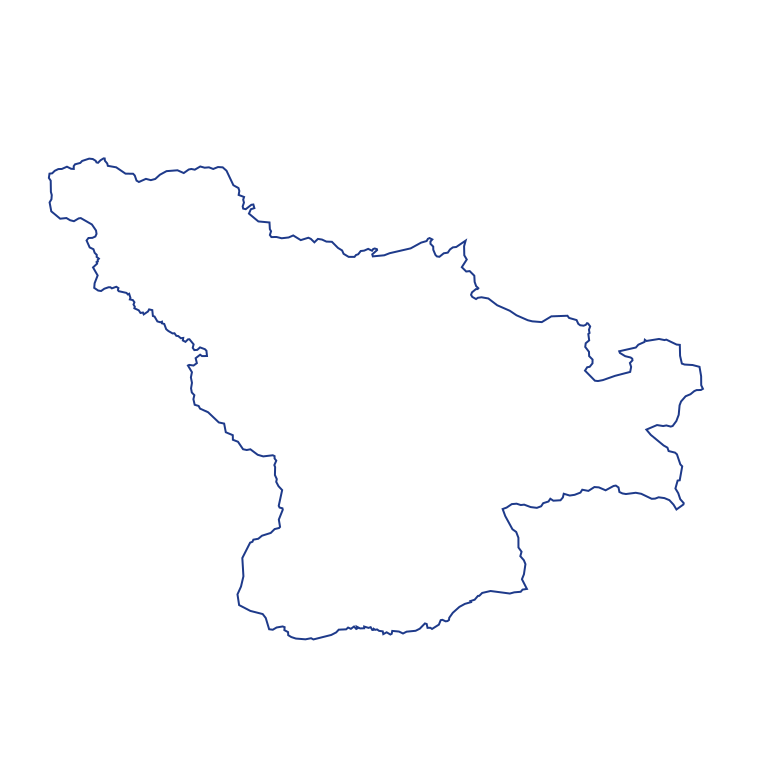 Beroroha, Atsimo-Andrefana, Madagascar (Natural Earth projection), rotated 265°
{"feature_id": "10022922B39697778193382", "entity_name": "Beroroha", "entity_type": "district", "adm_level": 2, "iso_a3": "MDG", "parent_name": "Madagascar", "parent_adm1": "Atsimo-Andrefana", "projection": "natural_earth1", "projection_center": [45.328, -21.505], "detail": "fine", "context": "isolated", "style": "outline", "palette": "blue", "viewbox_px": 768, "rotation_deg": 265, "n_neighbors": 0, "source": "geoboundaries", "source_scale": "gbopen_adm2", "svg_char_len": 6143}
<svg xmlns="http://www.w3.org/2000/svg" viewBox="0 0 768 768"><g transform="rotate(265 384 384)"><path d="M633.0,125.4L633.2,124.3L631.6,121.1L629.3,118.4L629.8,116.9L631.5,116.2L633.5,113.5L634.2,109.9L632.5,102.7L630.7,100.7L629.8,95.4L628.1,93.9L625.3,93.7L625.7,91.0L628.1,87.1L626.3,81.8L626.5,78.3L625.1,74.6L622.8,71.8L622.7,69.1L618.5,68.1L615.6,69.7L604.4,68.9L601.2,69.5L597.0,68.8L594.1,66.7L585.0,67.6L576.9,75.8L577.0,82.1L574.5,85.6L573.2,89.3L575.6,94.3L575.7,96.4L568.4,106.9L562.0,110.5L558.6,110.7L556.1,109.3L555.0,106.2L555.2,102.3L552.9,100.2L545.7,102.7L543.6,106.3L539.9,107.2L537.7,109.1L535.7,108.8L533.7,110.9L532.4,109.5L531.0,109.6L530.5,108.3L528.9,108.7L525.5,104.3L517.1,108.2L509.6,104.5L505.0,103.7L502.0,107.4L501.3,110.3L503.3,113.7L504.4,118.1L504.2,119.9L503.0,121.2L504.2,125.8L502.7,127.8L500.8,127.1L499.6,127.8L497.2,135.4L495.5,136.7L496.1,138.0L491.9,138.9L490.4,138.2L489.5,141.1L487.2,142.5L485.0,141.4L482.7,142.5L481.2,141.9L478.8,146.1L476.0,147.6L476.2,150.1L474.3,150.7L476.8,155.2L478.8,156.5L477.8,159.6L471.9,159.7L471.2,161.3L466.1,163.7L465.0,166.5L465.4,168.2L463.8,168.1L463.0,170.3L457.6,171.8L455.6,173.8L452.8,177.8L452.8,179.7L450.1,181.3L449.7,183.2L447.3,185.6L447.4,188.0L444.9,187.4L443.3,189.9L445.6,192.7L445.5,194.1L440.1,197.8L436.7,196.6L434.3,198.0L434.3,201.0L436.5,203.9L434.3,208.6L432.6,210.0L427.3,210.1L427.7,205.1L429.2,203.4L426.1,198.6L421.1,199.4L419.0,195.9L420.0,191.6L419.5,190.3L412.5,193.7L407.4,192.2L401.9,192.8L396.5,191.4L392.3,191.8L389.4,194.1L385.5,192.8L379.8,193.6L378.3,197.4L375.5,198.6L371.2,206.3L360.1,216.1L358.5,221.3L349.7,222.2L346.2,228.9L341.6,228.6L339.2,233.5L331.3,237.9L330.2,241.5L330.6,245.2L324.5,252.0L322.4,257.4L322.7,267.0L321.7,268.7L319.3,268.5L317.0,270.0L312.8,267.7L310.7,268.3L302.8,267.4L298.6,268.9L295.9,268.1L291.4,270.0L287.2,273.3L271.8,268.5L270.0,269.2L269.0,272.0L267.6,272.2L258.1,267.4L250.7,268.0L249.7,266.9L249.0,262.4L245.5,258.2L243.5,249.2L240.8,245.3L240.3,240.3L238.3,239.2L237.6,236.8L223.0,227.7L204.7,227.2L194.7,223.9L187.2,219.7L176.4,220.4L169.6,231.1L165.4,243.1L161.2,245.8L149.7,248.2L148.9,251.8L150.8,255.8L151.3,261.9L150.4,263.8L147.5,263.3L145.2,266.8L142.1,266.7L140.0,269.6L138.1,274.0L136.5,283.5L137.1,289.2L135.7,291.4L138.6,309.6L140.7,314.7L143.2,317.5L142.9,324.9L144.5,327.0L143.0,329.7L145.0,333.0L142.4,335.0L142.9,336.3L144.5,335.9L142.6,338.9L142.4,343.0L144.1,343.1L142.4,347.3L142.9,349.5L140.0,350.9L140.0,352.0L141.0,352.4L139.9,353.8L140.1,355.7L138.5,357.6L137.7,361.2L134.9,361.5L136.4,365.0L133.9,368.5L134.5,369.9L137.3,370.7L136.1,377.3L133.8,381.2L135.3,384.9L135.4,394.0L137.1,398.3L141.9,403.9L141.2,405.6L137.3,406.1L137.1,409.0L135.8,410.5L139.5,417.7L143.8,419.9L144.0,421.6L142.2,424.7L142.3,426.6L143.3,428.2L145.4,428.6L150.1,432.6L155.4,439.7L157.9,445.4L159.1,451.6L160.2,451.1L161.2,455.5L164.7,459.1L164.7,460.5L167.3,463.6L168.5,472.1L164.3,491.1L165.1,495.6L165.1,502.1L167.1,504.1L167.4,508.5L177.5,504.4L182.2,506.8L192.2,509.2L196.2,508.0L200.6,504.8L204.9,506.4L209.4,503.7L219.1,504.5L225.1,502.8L228.1,499.3L241.8,493.3L249.1,491.3L250.2,495.4L253.2,500.8L253.2,505.7L251.5,509.7L251.6,513.1L248.6,519.4L247.3,525.5L248.5,529.9L251.4,532.2L252.6,537.6L255.2,539.7L253.0,542.5L252.8,549.7L255.4,552.3L259.0,553.5L256.7,559.3L257.0,564.3L258.7,570.2L261.4,572.3L259.7,578.3L263.0,584.6L262.3,589.0L258.8,595.5L262.4,603.8L262.6,606.1L260.5,608.6L255.9,609.1L254.2,612.0L253.3,615.4L253.7,625.3L252.2,630.7L246.3,640.7L246.2,644.1L247.2,647.7L245.9,653.4L243.4,658.2L238.6,661.9L233.5,664.4L237.9,671.8L239.2,672.2L243.4,669.1L249.6,667.6L254.5,665.2L262.2,668.1L262.3,670.2L276.0,673.9L278.1,672.2L288.4,669.7L290.3,667.9L292.4,661.7L295.9,660.8L298.4,657.2L310.1,645.3L315.7,641.4L319.3,652.4L317.8,658.4L318.1,661.7L316.6,665.9L317.0,667.9L321.6,672.0L327.6,674.9L337.0,676.6L340.7,678.4L345.5,683.4L347.1,688.4L349.9,692.5L350.7,694.9L350.4,699.1L351.4,701.3L355.1,699.9L364.1,700.6L373.6,699.8L376.0,693.1L377.2,685.1L378.4,682.5L386.3,681.4L397.2,682.1L397.8,678.9L403.6,669.1L403.3,667.3L404.9,661.9L404.0,649.2L405.3,647.7L403.2,647.2L401.0,640.8L398.4,638.1L396.1,621.2L394.4,621.7L390.7,626.7L388.9,632.0L387.6,633.5L385.9,633.6L383.5,630.8L379.5,631.7L374.6,630.3L372.0,614.9L368.8,602.3L368.3,597.4L368.9,594.4L379.8,585.4L383.0,587.9L383.2,590.4L386.4,593.5L390.2,593.9L393.9,590.8L398.2,591.0L403.4,587.7L407.0,588.5L409.6,592.2L416.0,591.9L416.9,593.2L420.2,592.9L423.4,594.4L426.4,592.6L426.9,591.6L425.3,590.1L424.7,587.9L425.4,584.6L427.0,582.8L430.9,581.4L433.7,574.1L436.0,572.7L436.8,556.6L431.9,546.6L433.5,537.2L435.0,532.8L440.9,522.0L446.0,515.7L452.6,503.6L460.1,495.4L461.9,488.7L461.7,485.0L460.6,483.1L463.1,479.5L465.2,478.5L467.6,479.6L470.5,483.8L470.4,485.5L471.2,486.3L473.5,484.3L477.8,483.2L484.0,483.4L489.0,479.2L488.9,475.7L493.6,471.7L500.8,477.3L505.2,475.2L514.3,475.8L519.7,477.8L514.2,467.9L514.1,464.5L512.3,461.5L509.3,459.0L509.0,454.9L505.9,450.3L506.5,447.8L508.1,446.5L513.4,444.8L516.6,445.0L519.6,442.5L521.9,442.7L523.8,444.7L525.4,442.1L524.8,440.4L522.7,438.9L521.6,433.3L516.8,422.4L513.8,401.0L512.2,395.5L512.1,384.0L514.2,383.6L518.0,388.8L518.9,388.7L519.8,386.6L519.4,385.0L517.8,383.7L520.0,380.0L518.6,375.9L518.5,372.4L515.5,369.6L514.9,367.3L513.2,365.7L513.7,359.9L517.2,355.1L520.7,353.9L523.6,350.0L530.2,344.5L530.9,339.0L533.3,334.8L534.3,330.8L531.2,327.0L535.0,323.7L536.3,321.4L534.6,313.6L539.9,306.5L538.3,301.8L538.1,294.8L539.8,289.8L540.2,284.6L542.4,283.3L546.0,284.8L548.2,283.8L554.9,284.0L556.9,273.0L565.5,264.3L569.7,266.6L570.5,270.2L574.2,269.5L574.1,267.5L570.2,261.5L571.0,259.0L573.3,258.7L576.9,260.3L579.9,259.8L582.5,260.9L585.0,255.7L588.9,256.7L591.9,256.1L595.1,251.3L610.2,245.7L613.9,242.2L614.6,237.5L613.1,232.6L615.1,228.5L615.1,224.2L616.7,219.9L614.0,214.2L615.0,210.8L614.7,208.2L611.6,202.9L614.9,196.9L615.0,185.9L612.0,179.0L608.2,174.0L607.4,169.5L609.1,164.7L606.6,157.4L608.2,155.2L613.4,153.9L615.3,152.4L616.1,144.8L623.2,136.1L625.4,127.9L627.8,127.5L630.8,125.4L633.0,125.4Z" fill="none" stroke="#1e3a8a" stroke-width="2"/></g></svg>